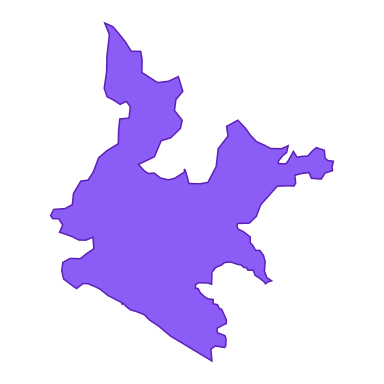 outline of Ishtikhan, Samarkand, Uzbekistan
{"feature_id": "79887680B73801633322119", "entity_name": "Ishtikhan", "entity_type": "district", "adm_level": 2, "iso_a3": "UZB", "parent_name": "Uzbekistan", "parent_adm1": "Samarkand", "projection": "albers", "projection_center": [66.584, 40.003], "detail": "fine", "context": "isolated", "style": "filled", "palette": "violet", "viewbox_px": 384, "rotation_deg": 0, "n_neighbors": 0, "source": "geoboundaries", "source_scale": "gbopen_adm2", "svg_char_len": 2433}
<svg xmlns="http://www.w3.org/2000/svg" viewBox="0 0 384 384"><path d="M211.9,361.0L210.9,349.0L215.3,346.0L224.6,347.5L225.8,345.6L226.0,338.7L224.8,335.5L217.5,332.8L216.9,328.4L222.3,325.4L226.3,323.6L226.4,319.9L221.6,309.1L219.8,309.0L217.4,304.6L213.1,303.8L213.2,299.5L207.6,298.7L204.6,296.7L200.4,292.9L198.0,288.4L195.5,288.3L195.6,284.6L198.7,282.8L204.3,282.9L208.0,283.0L211.6,284.3L211.8,277.4L211.9,272.4L215.7,267.5L221.3,265.1L224.4,262.7L227.5,262.1L231.2,262.2L237.4,264.3L241.1,265.0L244.1,267.6L246.6,267.6L247.8,270.2L253.3,270.3L255.1,275.4L259.3,278.0L264.2,281.9L265.4,283.8L267.9,282.0L271.6,280.8L266.8,277.6L264.4,271.2L265.2,261.8L263.5,255.5L259.9,250.4L255.6,250.3L252.6,245.2L250.2,242.6L250.3,237.0L243.6,231.8L238.1,229.1L237.0,226.4L237.6,223.5L249.3,223.1L256.3,216.4L260.8,204.6L277.3,186.2L287.8,185.8L294.0,186.0L295.7,183.1L294.8,175.3L301.0,173.6L309.0,172.6L311.4,178.3L321.3,179.1L325.1,173.0L332.6,170.6L332.0,167.5L333.4,161.2L327.8,160.5L325.1,158.2L324.3,150.3L324.2,150.3L316.4,147.6L312.6,150.7L307.5,156.2L302.5,156.3L297.0,157.2L293.4,151.4L288.3,160.7L285.8,163.8L278.4,163.6L278.4,161.1L282.8,155.6L286.6,152.5L288.2,145.7L281.7,148.7L270.6,148.5L264.3,145.1L256.5,141.6L250.2,135.0L245.6,128.4L237.8,120.2L226.6,126.3L228.0,136.1L218.2,148.7L216.2,166.5L207.9,182.4L200.0,183.8L188.9,183.5L185.9,172.1L184.4,168.9L184.3,172.1L174.7,178.3L168.3,179.8L160.4,178.0L154.1,173.0L148.4,173.5L144.6,171.1L138.4,164.5L144.8,161.4L154.4,156.8L161.1,140.8L170.7,137.8L180.4,128.4L182.2,120.3L174.5,110.5L175.9,99.6L182.8,91.3L178.3,76.6L168.7,81.2L157.6,82.6L141.9,72.5L142.1,59.5L140.7,51.4L131.2,51.2L125.0,41.3L115.7,29.8L112.6,26.5L104.7,23.0L109.4,34.7L108.1,46.1L106.9,56.4L106.6,71.9L105.3,80.7L104.2,88.4L107.1,96.8L112.9,99.7L120.1,104.4L126.3,101.4L130.3,106.7L129.0,118.1L119.8,118.9L118.6,130.2L118.3,143.7L107.0,150.6L98.7,157.7L93.3,172.0L88.0,180.2L80.9,181.0L73.5,193.3L72.3,204.6L65.0,208.6L53.8,209.4L50.6,215.5L52.6,218.6L58.7,218.8L62.7,225.1L59.5,232.3L66.5,234.5L72.6,236.8L78.7,240.0L85.8,240.2L93.0,237.3L93.8,248.7L86.5,253.7L80.3,258.7L70.1,258.4L62.9,262.4L61.7,270.6L63.6,279.0L73.6,286.5L76.6,288.6L82.9,283.6L87.9,283.7L96.0,287.1L100.1,289.2L108.1,295.6L121.2,302.3L122.2,304.3L123.2,303.3L126.2,306.5L130.2,309.7L137.3,311.9L144.3,314.7L149.2,319.8L158.9,326.3L170.4,336.0L180.2,341.9L211.9,361.0Z" fill="#8b5cf6" stroke="#5b21b6" stroke-width="1.5"/></svg>